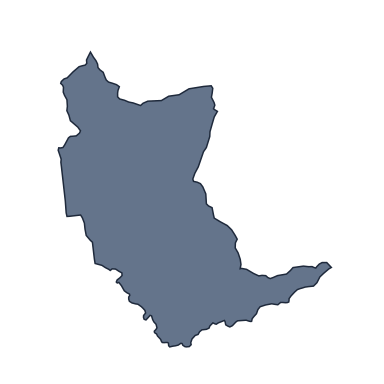 the district of San Bautista, Canelones, Uruguay, rotated 172°
{"feature_id": "84410073B38212099909840", "entity_name": "San Bautista", "entity_type": "district", "adm_level": 2, "iso_a3": "URY", "parent_name": "Uruguay", "parent_adm1": "Canelones", "projection": "mercator", "projection_center": [-55.97, -34.418], "detail": "fine", "context": "isolated", "style": "filled", "palette": "slate", "viewbox_px": 384, "rotation_deg": 172, "n_neighbors": 0, "source": "geoboundaries", "source_scale": "gbopen_adm2", "svg_char_len": 3208}
<svg xmlns="http://www.w3.org/2000/svg" viewBox="0 0 384 384"><g transform="rotate(172 192 192)"><path d="M297.9,134.7L291.4,131.9L288.2,129.1L285.2,127.0L283.9,125.7L281.7,127.0L278.4,126.3L275.1,123.4L272.7,121.7L272.9,119.0L275.3,117.1L278.3,115.4L279.5,113.4L278.7,112.3L277.0,112.6L274.9,109.0L272.8,103.6L270.5,101.3L268.1,99.6L268.0,98.3L269.3,96.8L269.6,94.7L269.2,92.5L266.9,90.5L263.3,89.0L261.2,88.4L258.1,85.5L256.5,83.4L255.1,81.3L254.8,78.6L257.1,76.5L257.5,74.7L257.1,72.6L255.4,71.7L252.7,73.9L250.7,75.7L249.3,75.0L248.7,71.1L247.8,68.6L246.0,66.0L245.6,62.4L246.8,60.9L248.7,59.4L248.7,58.2L248.0,57.2L246.9,56.5L246.2,54.2L243.6,50.5L243.0,48.1L242.4,47.1L240.6,46.7L238.6,46.6L237.0,46.3L236.4,45.6L236.5,43.0L235.6,41.7L232.6,42.0L229.9,42.0L227.0,42.3L224.1,43.7L222.9,43.3L222.4,41.5L220.5,39.8L219.0,39.4L216.2,39.3L214.1,40.9L214.2,43.0L212.4,46.5L208.8,49.5L205.8,50.1L204.0,52.5L201.4,54.1L196.9,54.0L194.1,54.8L192.9,56.9L189.5,59.5L187.6,58.2L186.4,57.7L184.0,58.8L181.4,59.4L177.8,60.3L177.3,59.1L177.1,55.8L175.3,54.3L173.3,53.1L170.6,54.0L166.7,57.1L164.8,58.1L156.2,57.5L154.0,56.4L152.3,55.7L151.0,55.6L150.0,58.2L148.0,60.1L145.1,62.5L143.1,66.4L140.5,68.9L134.8,69.9L128.6,70.2L125.5,69.2L122.7,68.4L119.6,70.3L117.1,69.9L115.1,69.4L113.2,69.2L111.5,69.6L111.0,71.2L110.7,72.9L108.4,75.3L104.2,78.7L101.2,80.7L98.4,81.3L96.1,81.6L93.2,82.1L89.9,82.1L84.8,81.9L80.9,84.8L77.2,90.1L73.0,93.1L67.2,96.8L64.5,97.9L68.4,103.4L73.0,104.0L76.0,102.9L78.7,100.8L80.0,99.5L81.8,100.3L83.4,101.4L86.9,101.8L92.0,103.1L102.5,103.1L105.4,100.6L109.8,97.6L119.0,97.3L123.6,96.0L126.6,95.4L128.8,96.7L130.6,98.9L134.3,99.7L137.5,99.6L142.3,102.7L148.7,107.8L153.4,109.4L155.0,109.3L153.6,113.4L153.6,118.6L154.8,125.2L157.0,130.6L156.1,135.6L153.8,139.0L155.3,143.0L158.0,149.0L161.7,153.8L168.3,158.7L173.6,163.0L173.9,166.2L174.3,173.7L177.6,175.9L179.4,178.3L178.6,188.2L180.6,195.6L182.5,199.1L185.5,201.0L189.0,202.3L189.4,204.7L186.6,210.1L182.3,216.0L175.0,230.3L171.6,234.0L166.7,244.4L165.8,249.2L162.5,256.7L159.5,263.3L155.6,268.3L157.7,270.0L159.1,271.4L158.5,272.5L157.3,274.8L157.7,277.5L159.6,283.1L158.3,287.0L157.0,291.8L158.2,294.5L165.7,294.9L180.6,294.6L191.2,290.1L201.7,290.1L209.6,286.8L223.1,288.1L228.1,286.7L230.9,284.8L237.9,288.4L242.2,289.9L246.0,292.2L250.7,294.2L252.4,296.6L251.9,300.3L251.2,302.8L249.3,306.4L251.8,308.8L255.5,310.7L259.4,312.5L261.3,314.8L262.1,317.5L262.7,320.2L263.3,322.9L266.2,325.8L267.8,328.3L267.7,331.8L268.8,335.3L270.9,339.3L273.1,344.7L276.1,340.4L278.1,337.4L278.3,334.0L280.2,332.5L282.9,332.3L286.4,331.8L293.1,327.5L299.7,322.4L302.9,321.8L304.7,320.6L306.1,319.5L306.9,317.8L305.3,315.8L304.7,313.7L305.6,308.8L304.8,305.5L303.0,300.8L303.5,294.2L304.6,289.9L303.2,285.2L302.5,279.5L298.0,274.4L296.0,272.1L294.6,269.3L293.9,268.2L295.2,266.0L298.8,263.7L302.1,263.8L304.7,264.0L306.8,262.8L311.5,256.4L313.6,254.0L316.0,253.9L317.8,254.3L318.7,252.0L317.7,246.6L317.0,242.7L317.7,239.7L317.8,234.4L318.7,200.9L319.5,188.9L319.2,185.2L316.8,185.0L305.5,184.7L304.2,181.8L302.9,176.2L303.1,170.1L302.8,163.7L299.4,158.3L297.6,156.1L298.0,139.1L297.9,134.7Z" fill="#64748b" stroke="#1e293b" stroke-width="1.5"/></g></svg>